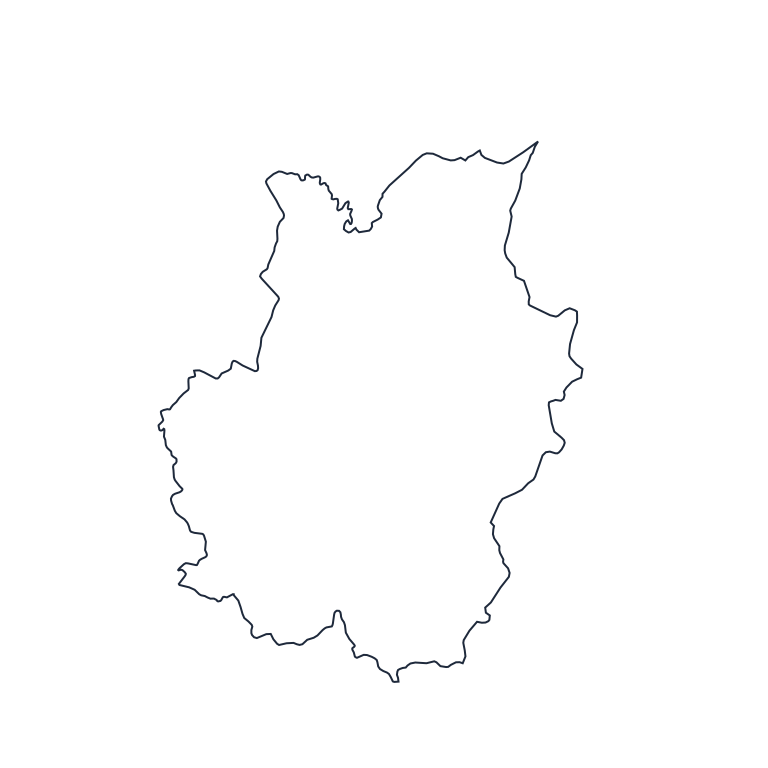 Krong Nang, Đắk Lắk, Vietnam, rotated 204°
{"feature_id": "81297802B49219208970184", "entity_name": "Krong Nang", "entity_type": "district", "adm_level": 2, "iso_a3": "VNM", "parent_name": "Vietnam", "parent_adm1": "Đắk Lắk", "projection": "robinson", "projection_center": [108.434, 12.998], "detail": "fine", "context": "isolated", "style": "outline", "palette": "slate", "viewbox_px": 768, "rotation_deg": 204, "n_neighbors": 0, "source": "geoboundaries", "source_scale": "gbopen_adm2", "svg_char_len": 6165}
<svg xmlns="http://www.w3.org/2000/svg" viewBox="0 0 768 768"><g transform="rotate(204 384 384)"><path d="M341.9,668.2L351.1,652.3L360.4,638.0L364.6,634.0L370.8,632.3L383.8,631.6L388.2,632.9L391.5,636.3L392.8,634.5L395.8,629.3L399.3,625.5L400.6,621.3L406.0,621.9L410.6,617.2L414.0,615.4L422.2,614.1L426.5,614.4L432.9,614.3L438.8,612.1L441.8,609.0L445.7,601.1L449.1,591.6L459.8,567.6L461.8,559.9L462.7,557.2L461.5,554.3L462.6,550.3L462.1,544.5L461.8,543.3L460.8,541.8L459.8,540.9L455.5,538.6L454.6,534.9L456.6,531.7L460.1,527.4L460.6,526.0L458.9,523.0L459.1,520.3L459.9,518.1L468.5,512.5L472.0,513.8L473.4,515.0L474.0,514.1L476.3,509.3L478.0,508.0L481.0,508.3L483.6,509.1L484.6,511.9L485.0,514.3L484.6,517.2L483.5,518.9L479.9,516.4L479.3,516.7L479.1,518.0L479.6,519.9L480.4,521.6L483.3,524.2L484.1,525.5L484.1,529.0L484.3,530.4L485.1,530.5L487.7,529.2L488.7,530.0L489.9,535.3L490.8,536.2L491.2,536.0L492.8,533.5L493.6,527.2L495.4,524.9L496.3,524.0L497.5,524.4L498.1,525.3L499.3,530.5L501.4,533.9L502.4,534.0L504.1,533.1L505.3,532.1L506.6,531.8L507.2,531.9L508.2,535.1L509.0,536.2L513.1,538.2L514.1,539.4L515.4,541.7L516.2,542.1L516.9,542.0L517.9,542.3L519.0,543.5L519.9,543.5L521.0,542.8L522.6,540.6L523.2,540.4L524.0,540.9L524.6,541.9L525.5,545.1L526.2,546.5L526.9,547.0L528.0,547.1L529.0,546.7L532.5,543.8L534.0,543.3L535.4,543.4L538.2,544.4L539.5,544.0L540.7,542.4L540.4,541.2L539.5,539.0L539.5,538.5L540.5,537.3L541.7,536.6L542.5,536.5L543.6,537.1L546.8,540.0L548.5,540.4L550.5,539.4L553.9,539.2L555.2,538.7L557.9,536.5L563.6,536.3L566.5,535.4L570.3,530.9L574.0,523.6L574.2,521.0L573.0,519.4L566.4,514.3L557.0,507.9L551.0,503.0L546.3,500.0L544.7,498.5L543.9,497.3L543.3,494.8L545.1,489.8L545.1,484.5L544.1,480.6L540.4,473.3L539.6,471.0L539.8,468.6L539.5,464.4L538.4,460.9L538.3,446.1L537.5,442.6L537.7,441.2L540.4,437.2L541.2,434.4L541.0,431.9L538.6,430.5L516.1,420.7L514.7,419.3L514.4,417.7L515.3,411.5L515.2,406.2L514.0,399.4L514.8,376.4L512.2,368.6L510.0,355.6L508.9,352.7L506.6,349.5L505.4,347.2L505.1,345.3L505.7,344.1L507.2,343.2L520.7,343.4L527.6,344.4L529.5,344.4L530.9,343.9L531.4,342.7L531.4,340.9L530.2,335.7L531.8,332.9L536.6,327.6L537.4,323.0L538.2,321.4L540.0,320.6L553.0,321.5L558.1,321.4L561.5,319.8L562.9,318.9L560.2,315.3L559.9,314.3L560.7,313.2L562.4,312.1L564.5,310.2L564.6,309.0L563.8,306.9L560.6,300.5L560.5,298.9L563.2,293.9L565.4,287.9L566.4,283.0L568.3,278.9L568.9,276.3L569.2,273.9L569.8,273.4L571.7,272.9L574.8,270.5L576.2,268.8L576.5,268.4L576.5,267.7L575.3,265.9L571.4,261.8L571.0,261.1L571.2,259.5L573.1,254.8L573.0,254.2L570.7,251.0L570.1,250.6L568.8,250.7L567.7,251.7L567.1,253.5L566.4,253.4L565.7,252.3L563.6,246.4L561.1,244.0L558.4,239.4L556.6,237.8L555.6,237.3L551.0,235.7L549.2,232.8L548.8,232.5L547.0,231.9L543.9,231.4L543.0,230.9L542.0,228.9L541.9,227.7L542.2,226.6L543.3,224.4L543.0,222.5L541.2,219.5L538.0,213.4L536.3,211.5L535.1,210.7L529.1,207.5L525.6,206.2L525.2,205.5L525.3,204.5L525.9,203.1L526.8,201.9L530.2,198.8L531.6,196.9L532.0,195.2L532.0,192.6L531.1,190.9L528.8,188.2L527.6,187.3L523.5,183.1L521.2,181.5L516.7,180.2L511.2,179.2L507.5,177.4L506.2,176.4L504.4,174.7L501.8,171.5L500.5,170.6L499.3,170.6L496.7,170.9L489.1,173.2L488.5,173.2L487.8,173.0L486.7,172.2L482.6,167.5L479.9,159.5L477.4,157.3L476.5,156.2L476.2,155.6L476.2,154.2L477.0,152.9L479.4,150.2L480.6,148.5L481.1,147.3L481.1,144.1L481.3,142.5L482.0,142.1L490.1,140.4L492.2,139.7L493.5,138.0L495.9,132.5L496.4,130.6L496.3,130.3L495.8,130.2L493.9,131.8L492.4,132.0L489.6,131.1L487.9,130.1L487.6,129.1L487.8,127.4L490.1,117.9L489.1,117.2L479.3,119.0L473.3,119.0L467.3,116.8L465.1,116.6L461.5,117.4L458.3,117.2L455.3,117.3L452.0,118.8L449.1,118.6L448.0,117.9L447.1,117.9L445.2,119.3L444.8,120.3L444.5,123.7L443.7,124.5L440.7,125.2L436.5,130.6L435.7,130.8L435.4,130.0L429.0,126.9L424.3,121.9L419.8,116.5L416.5,113.4L411.2,111.9L406.9,110.2L405.6,108.8L405.1,105.3L403.8,102.4L402.4,101.0L399.7,99.8L396.8,100.2L389.8,107.6L385.8,109.6L381.2,105.8L376.0,103.2L373.7,102.9L367.6,107.5L361.3,110.7L357.8,110.8L355.0,111.3L352.7,113.1L350.1,119.1L345.0,123.6L342.5,127.2L340.0,134.2L338.8,136.6L337.6,138.2L333.1,141.3L333.0,142.6L333.2,144.1L335.8,153.2L336.1,154.9L335.7,156.5L334.9,157.7L332.8,158.5L331.0,157.7L329.7,155.9L328.5,153.8L326.7,151.9L323.7,150.1L321.6,147.8L317.7,141.3L312.0,137.0L305.1,133.7L304.2,132.9L304.3,131.9L305.4,129.9L305.3,129.1L304.7,128.3L302.4,126.5L299.7,123.1L298.0,122.8L297.3,122.9L292.4,128.3L289.2,129.5L284.3,129.8L281.0,129.6L278.4,128.9L276.9,127.2L274.4,123.6L271.8,122.0L267.9,121.5L263.9,121.6L261.5,121.1L258.6,119.0L255.0,115.9L253.5,116.0L249.7,118.0L251.7,121.3L253.9,123.6L254.8,126.7L254.8,128.5L253.6,130.1L251.4,132.2L248.8,133.8L248.0,136.4L246.2,139.4L242.1,142.3L231.6,146.2L225.3,151.1L222.9,151.1L217.7,149.2L212.1,150.7L210.3,151.7L208.7,154.6L205.1,159.0L201.8,160.6L198.5,160.9L198.8,168.3L201.9,173.5L206.3,179.8L207.0,182.5L205.6,193.4L202.3,204.6L197.5,205.7L194.2,207.4L192.2,209.8L191.8,211.4L193.2,215.6L197.9,216.5L200.6,220.9L197.5,227.9L194.8,245.4L191.5,258.6L192.4,262.5L195.7,266.1L202.0,268.9L202.9,270.0L203.6,272.3L209.3,276.8L211.1,279.1L212.6,282.8L220.7,287.9L223.4,291.1L225.0,295.7L225.7,299.0L230.2,300.9L230.1,321.7L229.0,327.3L219.8,337.4L214.9,343.5L211.9,352.0L208.6,357.5L208.2,361.0L210.1,383.2L208.4,387.5L205.0,389.7L199.3,390.4L197.4,391.2L196.3,392.8L195.1,396.5L194.7,400.9L195.0,403.8L196.7,405.9L200.0,407.2L209.1,409.8L214.7,416.3L224.9,431.6L225.8,434.3L224.5,435.9L222.5,437.6L220.9,439.2L215.6,440.6L213.9,443.4L214.5,447.4L216.6,450.2L215.9,455.0L213.1,462.6L209.5,466.9L206.5,470.0L208.8,478.5L216.2,480.1L223.4,483.3L225.8,484.8L227.3,487.1L230.3,496.2L232.4,510.4L232.7,518.8L235.4,525.0L237.2,528.6L239.6,529.0L245.2,528.7L248.8,524.8L252.6,517.2L254.3,515.5L260.2,514.4L282.6,515.1L284.1,515.6L285.4,518.3L286.4,522.6L298.1,535.2L305.3,535.3L307.2,535.5L308.8,537.8L312.2,543.9L323.3,549.4L326.4,552.6L328.2,555.3L329.9,559.7L331.6,573.0L335.5,588.9L339.2,593.7L339.5,595.8L338.7,604.9L339.5,617.8L341.7,626.8L343.7,632.0L342.6,639.5L342.4,647.3L343.0,652.7L342.1,655.6L342.7,662.1L341.9,668.2Z" fill="none" stroke="#1e293b" stroke-width="2"/></g></svg>